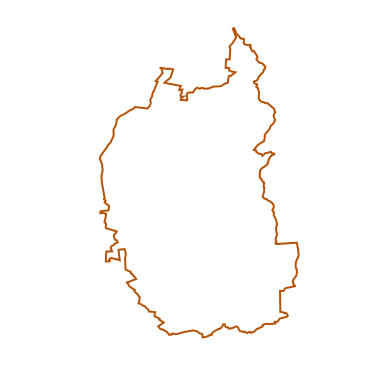 Magesti, Bihor, Romania (Robinson projection), rotated 167°
{"feature_id": "2599482B73401020399512", "entity_name": "Magesti", "entity_type": "district", "adm_level": 2, "iso_a3": "ROU", "parent_name": "Romania", "parent_adm1": "Bihor", "projection": "robinson", "projection_center": [22.44, 46.993], "detail": "fine", "context": "isolated", "style": "outline", "palette": "amber", "viewbox_px": 384, "rotation_deg": 167, "n_neighbors": 0, "source": "geoboundaries", "source_scale": "gbopen_adm2", "svg_char_len": 5991}
<svg xmlns="http://www.w3.org/2000/svg" viewBox="0 0 384 384"><g transform="rotate(167 192 192)"><path d="M291.6,143.7L287.9,142.9L287.5,143.3L288.0,144.4L288.0,144.9L286.5,145.7L285.6,145.8L278.9,142.6L277.8,141.7L276.6,152.2L270.7,151.6L270.4,150.2L270.4,146.4L272.1,142.4L274.1,132.2L273.8,131.1L269.6,127.8L269.8,126.6L269.7,126.0L268.7,125.6L267.9,123.5L266.3,120.7L266.0,119.8L274.7,118.5L275.8,118.7L275.8,118.4L275.5,118.3L275.1,117.4L274.7,115.6L274.0,113.9L270.7,110.3L269.7,109.5L270.4,108.2L270.3,107.7L269.0,105.9L268.0,104.8L267.6,102.8L266.8,102.0L266.6,101.6L266.9,100.3L268.4,96.8L269.1,95.5L267.3,94.5L265.3,92.2L263.6,91.4L262.4,89.0L261.5,88.1L260.6,85.0L259.0,84.7L254.9,83.1L256.1,80.8L256.5,79.4L252.2,76.0L252.8,75.2L248.9,71.2L255.2,68.7L253.6,65.6L252.2,65.1L250.3,63.6L247.7,61.0L246.4,58.0L243.9,57.7L243.8,58.4L241.7,58.2L240.4,57.3L237.7,56.9L235.8,57.2L231.3,57.3L230.6,57.5L229.0,57.0L225.9,57.3L223.7,56.8L222.7,56.9L221.4,56.7L218.3,54.9L216.3,52.6L213.9,51.3L214.3,48.0L212.1,47.8L209.3,47.8L207.7,48.5L207.4,48.3L206.3,48.6L205.1,48.2L204.8,49.4L204.2,49.9L201.4,51.4L198.1,52.2L197.1,52.7L196.5,52.7L196.1,52.4L194.4,53.0L192.3,54.7L191.3,56.1L189.7,55.6L189.6,54.7L189.8,53.6L189.6,53.1L188.8,52.3L187.5,52.2L187.0,51.5L186.8,50.6L184.5,50.3L181.2,50.6L180.0,51.1L179.2,51.1L178.1,50.4L177.4,49.0L177.3,47.6L176.9,46.3L176.4,45.7L173.8,44.3L173.2,44.1L172.8,44.4L170.3,42.5L169.6,42.2L168.9,42.7L166.9,42.6L166.6,41.8L166.1,41.6L163.0,41.9L159.3,44.1L158.2,44.0L153.4,45.2L153.3,46.3L151.6,46.9L148.5,46.7L146.9,46.1L142.9,45.4L140.6,45.2L140.9,45.9L140.4,46.9L139.8,46.5L138.9,46.4L137.4,46.8L136.4,47.5L135.6,48.6L134.3,49.0L128.2,49.0L126.9,49.5L126.5,50.2L127.1,52.2L128.0,53.2L128.7,53.1L129.2,53.2L130.0,54.1L132.9,55.4L128.5,75.8L126.3,75.2L125.0,75.1L124.6,75.3L123.4,76.7L122.5,77.3L112.1,77.0L113.9,77.9L113.4,78.7L113.9,80.1L114.0,82.1L113.0,83.8L109.2,87.0L107.8,90.1L107.4,92.8L107.9,95.0L107.4,98.0L106.3,100.6L104.9,102.8L104.0,103.6L102.4,106.1L101.3,113.4L101.5,113.5L101.5,114.1L101.3,117.8L101.4,119.1L119.8,122.0L121.8,122.5L122.2,123.0L122.2,123.5L121.8,124.0L120.8,124.5L120.9,125.8L121.3,126.3L120.7,128.3L118.9,131.0L118.7,133.0L118.6,136.2L117.4,140.1L116.6,140.6L116.3,142.0L116.3,143.6L116.6,146.9L117.5,150.7L117.2,152.5L116.6,153.9L117.3,154.5L117.8,156.2L115.5,159.1L115.4,160.5L115.5,161.1L116.4,163.4L117.0,163.8L117.9,165.3L119.4,166.3L120.2,167.0L120.6,168.1L122.7,169.1L124.2,171.4L121.6,176.4L121.2,178.0L120.5,179.7L120.9,180.1L121.0,180.6L120.6,182.6L119.9,183.8L119.8,184.3L120.1,184.6L119.8,185.3L120.4,186.1L120.9,186.4L120.9,186.8L121.3,187.6L121.3,188.8L121.8,189.5L122.4,189.7L122.4,190.8L122.6,191.0L122.4,192.8L121.9,193.7L121.8,195.4L121.3,195.8L120.9,197.3L120.4,197.6L120.2,198.2L119.2,199.1L118.5,199.5L116.8,200.1L116.4,200.1L112.3,201.9L111.9,202.4L111.8,203.3L111.3,203.4L109.9,206.5L109.2,207.0L107.5,209.1L104.2,210.3L103.3,210.3L103.5,211.1L105.3,211.5L106.2,213.5L108.9,213.2L112.0,213.3L115.2,211.3L116.0,213.5L118.3,214.2L118.8,215.1L120.2,216.4L120.4,216.7L120.1,218.1L120.6,218.5L121.7,218.6L122.4,219.0L117.6,222.8L117.2,222.8L114.5,224.2L113.9,224.2L110.3,225.5L109.8,226.0L109.8,226.9L108.9,228.4L108.6,230.1L108.2,231.3L107.5,232.0L103.6,234.9L102.0,236.3L101.0,238.1L100.3,238.8L97.5,240.4L95.5,242.4L95.6,242.5L94.9,243.8L95.3,245.7L95.3,248.3L94.2,249.8L93.0,250.9L93.3,254.6L97.7,260.4L98.1,261.4L100.4,262.0L101.9,263.4L103.6,264.0L104.4,264.7L105.6,266.7L105.9,268.2L104.2,274.1L104.5,277.1L104.1,278.2L105.2,279.1L105.7,280.1L104.3,281.7L104.3,282.2L106.3,283.6L106.9,284.3L106.9,284.9L106.8,285.7L106.3,285.9L104.2,286.0L103.2,286.4L101.3,288.9L100.3,289.8L98.2,291.3L96.3,292.3L95.6,292.9L94.4,295.2L93.2,295.6L92.4,297.6L93.2,299.4L93.8,299.8L94.6,301.6L97.5,303.0L99.3,306.6L99.4,306.9L97.8,308.7L98.2,310.8L98.8,311.9L99.9,315.3L100.4,315.0L101.5,315.6L102.1,317.1L102.1,318.2L102.9,320.1L101.8,321.0L101.7,321.5L102.8,322.6L104.4,322.5L107.1,323.8L107.9,324.6L108.2,325.6L107.8,326.8L106.9,328.3L107.0,329.4L108.1,330.1L109.2,330.0L110.5,331.4L110.8,332.8L113.2,336.3L113.5,337.7L113.2,338.5L114.4,340.1L114.3,341.0L113.9,340.8L113.7,341.1L114.0,342.0L114.5,342.4L115.6,341.6L115.1,339.6L114.2,332.6L119.4,327.6L122.6,325.5L123.0,324.3L122.4,323.3L125.5,312.8L129.0,313.5L131.3,305.4L127.9,304.4L128.5,302.2L127.1,300.9L122.8,298.9L128.4,296.2L130.1,296.6L130.8,295.2L132.4,290.5L135.5,290.2L139.7,288.7L140.8,288.7L147.6,289.9L152.8,289.1L157.2,290.0L157.9,291.0L159.7,291.2L161.2,290.8L163.6,292.5L165.7,291.7L167.3,289.9L169.0,288.7L171.6,289.5L174.0,289.6L175.6,287.0L175.6,283.5L176.2,283.2L176.1,282.7L176.6,282.4L180.5,283.8L182.2,284.1L181.4,285.9L179.1,286.9L180.8,287.2L181.5,287.8L181.4,289.0L179.6,290.8L179.7,291.8L179.2,292.4L178.4,294.0L181.0,294.0L181.5,294.3L179.0,297.8L194.2,304.6L192.6,305.7L188.9,307.3L187.1,308.5L182.7,315.7L187.4,317.6L187.6,317.1L195.5,320.4L193.7,318.9L193.7,316.8L193.9,314.3L202.4,308.2L200.6,307.3L206.0,299.8L208.2,297.0L209.8,293.5L210.7,292.8L211.4,291.9L212.0,290.9L212.1,288.1L212.6,287.2L214.2,285.1L216.6,283.4L228.5,287.6L230.3,286.2L233.9,285.6L240.1,283.2L244.1,282.4L246.5,281.2L249.0,279.4L250.8,275.0L251.5,273.8L253.6,271.6L254.5,270.3L255.7,264.4L256.8,262.8L259.0,260.3L260.2,258.6L263.5,256.5L265.0,254.5L267.7,252.4L270.4,249.9L271.7,249.0L273.9,246.2L274.3,245.4L273.4,238.8L273.8,236.7L274.0,234.0L275.4,230.3L276.1,229.5L276.6,228.1L277.7,221.6L278.4,207.9L278.3,206.3L279.4,204.7L278.0,203.3L278.0,203.1L279.5,201.6L277.9,199.4L276.1,197.5L276.3,195.9L277.4,193.0L278.5,192.9L283.3,193.7L285.6,193.6L286.0,192.8L286.0,191.8L283.4,191.6L281.2,190.5L281.3,190.2L280.7,189.8L281.5,187.3L283.6,183.5L284.0,181.9L283.1,181.0L282.9,180.2L284.1,176.9L284.0,176.2L274.2,170.5L275.3,169.2L277.6,167.7L278.0,166.5L278.0,164.3L277.3,162.5L276.5,162.2L275.9,161.5L275.8,159.6L277.8,159.4L280.7,157.8L282.5,157.4L283.8,155.8L283.2,152.1L288.9,153.3L291.6,143.7Z" fill="none" stroke="#b45309" stroke-width="2"/></g></svg>